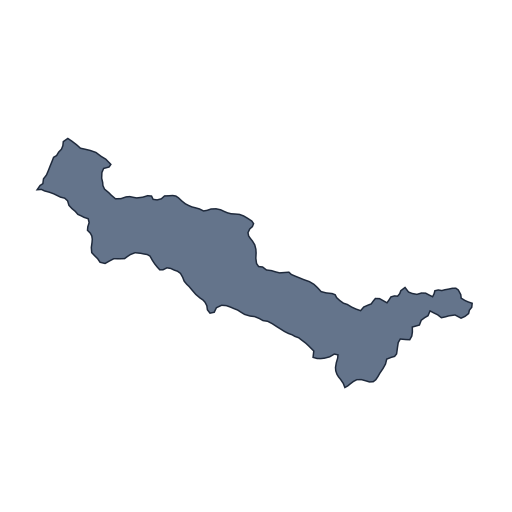 Guaiçara, São Paulo, Brazil (Mercator projection), rotated 82°
{"feature_id": "56859067B44295895024526", "entity_name": "Guaiçara", "entity_type": "district", "adm_level": 2, "iso_a3": "BRA", "parent_name": "Brazil", "parent_adm1": "São Paulo", "projection": "mercator", "projection_center": [-49.76, -21.553], "detail": "fine", "context": "isolated", "style": "filled", "palette": "slate", "viewbox_px": 512, "rotation_deg": 82, "n_neighbors": 0, "source": "geoboundaries", "source_scale": "gbopen_adm2", "svg_char_len": 3593}
<svg xmlns="http://www.w3.org/2000/svg" viewBox="0 0 512 512"><g transform="rotate(82 256 256)"><path d="M332.9,48.5L331.0,52.3L329.2,55.2L326.3,58.7L322.8,58.6L317.8,60.4L315.7,62.6L315.3,66.2L315.6,70.0L315.7,73.5L316.1,76.8L315.0,80.2L315.3,83.7L318.2,84.9L320.9,86.8L318.8,89.9L316.4,93.2L315.7,97.3L316.4,102.0L314.8,106.7L312.9,110.0L307.9,112.8L310.5,117.4L313.4,119.0L315.5,121.4L314.8,124.5L315.3,128.1L317.7,130.1L320.6,132.8L318.0,136.2L315.4,139.6L314.7,143.7L317.0,146.2L319.5,148.6L320.2,151.7L321.5,156.4L324.7,160.0L322.5,164.3L319.9,168.4L316.7,172.3L314.9,176.0L311.8,179.2L308.4,182.0L305.4,183.0L303.8,185.8L302.3,191.7L300.3,196.5L295.8,199.6L292.1,202.6L288.8,206.7L286.0,212.1L284.0,215.5L281.4,220.0L279.2,223.6L276.6,225.7L276.0,235.0L274.5,238.7L272.6,242.8L271.3,247.6L267.8,251.0L266.8,254.9L263.5,256.5L258.2,256.5L253.1,255.5L249.3,255.2L244.8,255.7L240.8,257.4L237.9,259.1L235.2,260.5L231.8,260.7L228.3,258.4L226.4,255.5L223.6,253.9L220.8,255.3L217.3,259.3L214.6,262.7L212.5,266.6L211.5,271.0L210.7,274.8L209.3,278.2L207.4,281.4L205.3,284.6L203.7,289.0L203.2,294.0L204.0,298.1L204.1,301.7L201.5,305.5L199.7,309.6L198.5,312.6L196.6,315.7L194.4,318.8L191.1,321.9L187.7,324.6L185.5,327.0L184.5,330.1L184.2,334.4L183.8,338.2L186.2,341.8L186.7,346.1L185.6,350.0L182.1,351.1L181.2,354.9L182.0,359.9L181.9,366.1L180.9,369.1L179.6,372.8L179.4,376.4L180.4,381.7L179.8,387.2L175.6,390.9L172.9,392.9L168.7,396.7L164.9,397.8L161.8,397.6L157.5,398.0L151.9,397.0L148.1,394.7L147.4,389.1L145.1,387.0L139.2,391.3L135.8,395.5L131.2,400.1L128.4,405.5L126.4,410.6L124.8,414.9L121.2,417.9L116.7,422.3L113.4,426.0L115.9,430.9L119.9,431.9L123.2,433.8L125.6,436.9L128.8,439.5L130.1,442.7L133.7,444.7L138.0,447.2L142.6,449.8L146.6,452.2L150.0,455.7L154.7,457.0L156.1,460.0L159.9,463.5L160.2,459.2L162.1,456.4L164.1,451.7L166.3,447.6L168.2,444.8L170.5,441.4L172.1,437.4L175.1,434.9L179.8,434.2L183.4,431.7L186.6,428.8L190.0,426.6L192.0,423.4L193.8,420.9L195.7,417.0L199.7,416.6L203.7,418.5L207.1,419.3L210.3,416.9L213.3,415.8L216.6,415.8L219.8,416.5L224.7,417.9L229.8,418.2L233.1,415.9L236.6,413.2L240.5,411.3L242.4,406.5L240.6,402.0L238.9,397.2L239.8,391.3L240.3,386.5L238.7,383.6L237.1,380.3L235.9,375.3L237.3,369.7L238.4,366.7L239.4,363.5L241.3,361.0L245.9,359.2L249.7,357.4L253.4,355.2L256.3,353.2L256.7,350.0L255.3,345.8L256.5,342.1L258.6,338.9L260.2,335.8L262.7,333.2L266.8,331.6L271.0,330.6L274.4,328.5L276.9,326.5L280.8,324.1L285.6,321.0L289.9,317.2L292.1,314.7L294.7,312.9L298.4,311.6L302.5,311.6L306.2,309.5L305.9,305.2L301.7,302.4L300.0,296.9L301.0,292.3L303.1,288.3L305.0,285.2L306.9,281.8L309.4,278.9L312.2,275.5L314.6,270.3L315.8,265.8L318.3,261.5L320.9,258.1L322.3,253.5L325.3,249.3L328.9,245.2L331.9,241.6L334.7,238.3L337.2,234.7L339.1,231.1L341.0,228.7L342.9,225.1L345.4,222.7L349.2,218.9L352.4,216.3L355.1,214.3L358.1,212.0L364.3,213.6L366.0,209.8L366.6,206.3L366.7,202.4L366.1,197.1L364.0,192.1L365.3,188.6L368.4,189.3L372.8,191.3L377.5,192.8L380.8,193.0L384.4,192.3L387.2,191.1L389.8,189.5L394.3,187.3L398.6,186.3L397.4,183.2L395.7,180.4L393.8,177.0L392.5,173.4L393.1,168.7L395.0,164.4L396.5,161.2L396.8,157.4L395.2,154.6L392.3,152.0L389.3,149.7L385.1,145.9L381.0,142.8L376.3,140.9L375.2,136.3L374.7,132.7L372.5,130.4L365.8,128.5L361.5,127.2L358.3,124.7L359.6,119.2L360.3,115.4L357.0,112.9L353.0,111.7L348.1,111.1L347.1,103.8L342.6,101.3L340.5,97.5L339.1,94.0L334.6,91.3L337.0,88.0L339.4,84.4L342.9,81.0L342.6,76.8L342.1,73.4L342.1,67.1L346.1,61.6L344.9,57.5L342.6,53.5L339.3,52.2L336.8,49.5L332.9,48.5Z" fill="#64748b" stroke="#1e293b" stroke-width="1.5"/></g></svg>